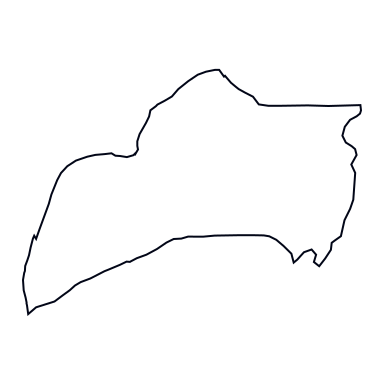 the district of Sarbo, River Gee, Liberia
{"feature_id": "62588387B52564280766994", "entity_name": "Sarbo", "entity_type": "district", "adm_level": 2, "iso_a3": "LBR", "parent_name": "Liberia", "parent_adm1": "River Gee", "projection": "natural_earth1", "projection_center": [-7.656, 5.164], "detail": "fine", "context": "isolated", "style": "outline", "palette": "ink", "viewbox_px": 384, "rotation_deg": 0, "n_neighbors": 0, "source": "geoboundaries", "source_scale": "gbopen_adm2", "svg_char_len": 1568}
<svg xmlns="http://www.w3.org/2000/svg" viewBox="0 0 384 384"><path d="M157.4,104.6L156.0,106.1L150.4,110.3L149.1,116.5L146.0,122.9L139.6,134.1L137.3,141.3L137.3,145.9L138.0,149.5L134.6,155.3L134.8,153.8L133.4,155.2L126.9,157.1L120.0,156.0L115.4,155.7L111.5,153.3L104.6,154.1L95.3,154.9L87.3,156.7L75.9,160.6L67.3,166.2L61.0,173.0L57.2,180.1L51.4,194.5L48.8,203.9L44.0,217.0L39.6,229.0L36.1,238.9L34.2,235.7L32.9,238.7L30.6,247.6L29.0,255.3L27.3,260.4L25.2,266.0L24.9,271.0L24.2,272.9L23.0,280.0L23.7,290.3L25.6,297.6L26.6,302.6L26.5,303.2L27.0,305.4L28.2,314.1L36.1,307.3L54.5,301.5L62.8,295.3L69.8,290.2L75.0,285.5L80.7,282.1L90.3,278.5L104.5,271.2L108.3,269.7L120.0,264.8L126.6,261.6L129.9,261.9L130.9,261.3L136.8,258.2L146.4,254.7L157.0,249.0L166.4,242.6L167.2,242.2L173.7,239.0L181.3,238.6L188.1,236.6L202.9,236.7L214.7,235.6L238.9,235.2L247.5,235.2L253.3,235.2L263.8,235.4L269.3,236.3L276.3,239.8L283.6,246.0L291.4,253.7L293.7,262.6L297.3,259.6L300.8,255.7L304.0,252.2L311.6,249.5L316.1,254.7L313.9,262.0L319.2,266.2L325.1,258.6L330.9,249.8L331.7,242.8L334.8,240.5L340.9,236.2L344.5,220.2L350.1,208.9L353.3,199.7L355.2,172.9L351.3,164.5L356.6,155.0L355.1,149.1L351.7,146.2L345.8,142.5L342.4,135.7L344.8,126.8L350.1,119.8L356.8,116.2L360.0,113.6L361.0,110.4L360.4,105.1L328.5,106.0L307.8,105.4L279.7,105.8L268.4,105.8L258.8,104.4L253.0,96.7L245.0,92.6L238.7,89.1L235.7,86.7L231.0,82.8L225.0,75.8L224.0,76.6L219.2,69.9L214.8,69.9L206.0,71.7L197.8,74.7L188.3,81.1L178.3,89.1L171.9,96.5L164.6,100.8L157.4,104.6Z" fill="none" stroke="#020617" stroke-width="2"/></svg>